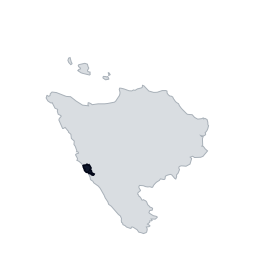 Spain, with Bizkaia highlighted, rotated 230°
{"feature_id": "ESP-5851", "entity_name": "Bizkaia", "entity_type": "Autonomous Community", "adm_level": 1, "iso_a3": "ESP", "parent_name": "Spain", "parent_adm1": "", "projection": "natural_earth1", "projection_center": [-2.927, 43.237], "detail": "fine", "context": "in_parent", "style": "filled", "palette": "ink", "viewbox_px": 256, "rotation_deg": 230, "n_neighbors": 0, "source": "natural_earth", "source_scale": "10m", "svg_char_len": 4841}
<svg xmlns="http://www.w3.org/2000/svg" viewBox="0 0 256 256"><g transform="rotate(230 128 128)"><path d="M136.2,68.1L136.2,68.7L137.3,69.8L140.6,70.4L141.4,70.9L141.2,72.4L140.5,73.8L141.2,74.3L141.9,74.3L142.9,73.3L143.1,74.0L144.6,74.6L147.8,75.8L150.1,76.0L152.5,78.4L156.4,77.9L159.9,80.2L163.1,79.7L163.8,80.2L168.9,80.2L169.1,78.4L169.7,77.6L178.6,80.2L179.6,81.8L179.5,82.6L180.0,84.5L181.1,84.4L183.4,83.4L186.4,84.7L187.2,85.9L187.9,85.9L190.1,84.8L196.2,86.2L196.4,85.3L196.8,85.0L199.4,84.2L200.4,84.0L203.7,84.6L204.1,85.7L204.8,86.1L205.0,87.0L203.2,87.6L203.0,89.2L204.2,90.5L204.4,92.9L201.2,95.9L191.9,101.0L188.9,104.1L181.9,105.6L174.7,107.9L170.4,112.0L171.6,112.3L172.9,113.7L172.4,114.3L170.6,115.2L168.9,115.5L165.8,120.5L161.5,125.7L159.9,128.1L156.5,134.2L156.5,135.9L158.3,142.0L159.2,143.6L160.6,144.9L163.2,146.1L163.9,147.2L163.0,148.2L160.4,150.1L155.9,152.7L154.0,154.7L153.6,156.7L152.3,157.6L151.9,160.3L150.1,164.1L150.0,165.1L151.4,166.5L150.0,167.3L143.0,167.7L138.7,170.6L136.6,173.3L134.7,178.2L132.3,181.1L131.2,181.6L129.6,180.4L127.6,180.2L125.6,180.6L124.6,181.6L123.0,182.2L121.4,181.7L118.0,181.4L116.5,181.5L114.1,182.3L112.0,181.7L108.6,181.5L101.2,182.1L100.2,182.4L96.9,185.7L93.3,185.8L90.0,187.1L87.8,190.4L87.4,192.1L86.7,191.7L86.2,191.8L86.0,193.1L83.7,194.0L81.2,192.9L79.1,191.3L78.0,191.2L76.2,188.7L75.4,187.1L74.9,185.4L74.9,184.2L73.3,183.5L72.9,181.9L74.1,179.9L75.7,178.8L74.2,178.8L73.2,180.2L71.9,178.1L66.5,173.9L66.8,172.5L65.9,173.6L65.3,173.9L62.5,173.7L59.3,174.2L58.1,167.2L58.9,164.8L62.6,160.0L64.8,159.4L65.7,156.9L63.7,157.1L60.5,152.3L61.4,147.9L64.7,144.6L65.3,143.3L65.4,142.1L64.8,141.2L63.0,140.7L61.2,137.3L60.9,135.1L59.4,133.9L58.2,131.8L59.3,131.4L63.9,131.4L65.0,130.9L65.9,129.4L66.8,127.1L67.0,125.6L65.2,123.6L65.2,123.1L65.4,122.4L68.2,120.1L67.7,118.4L68.2,114.8L68.0,112.7L67.7,111.0L66.8,108.8L67.4,107.9L68.9,107.1L70.1,105.3L71.8,103.8L74.0,102.6L76.6,99.9L76.2,98.7L75.3,98.0L72.2,97.5L72.0,97.0L72.0,94.1L71.2,92.9L70.1,93.0L68.3,92.5L67.9,92.9L65.7,92.8L64.1,92.3L63.4,92.7L63.2,93.7L60.6,94.8L59.1,94.7L56.7,93.8L53.9,94.1L53.6,93.9L51.3,95.1L50.5,95.1L49.5,93.7L50.8,91.6L49.8,89.7L49.0,89.6L44.6,91.0L42.1,92.9L41.1,93.2L40.7,92.8L40.7,90.2L43.4,87.3L41.7,87.1L41.8,86.3L42.9,84.9L41.8,84.0L41.9,81.1L39.5,82.0L38.9,81.9L38.9,80.7L40.4,78.4L38.9,78.1L37.7,77.3L36.3,75.4L36.3,74.4L37.2,72.0L39.2,70.9L41.3,69.3L44.1,69.6L48.3,68.3L49.7,67.5L49.7,66.6L49.2,65.8L49.7,65.2L53.1,63.2L55.1,63.0L57.2,62.0L58.6,62.7L59.8,62.4L61.2,63.2L63.0,64.9L65.7,65.6L67.8,65.1L78.8,64.9L82.0,64.1L84.4,65.1L89.0,65.6L91.9,66.5L99.6,67.9L102.5,67.9L108.1,66.5L109.7,66.9L112.0,66.2L113.0,66.3L114.5,67.3L119.4,68.7L120.8,67.5L121.7,67.3L125.3,68.0L128.9,69.4L130.8,69.5L133.6,69.1L136.2,68.1ZM203.8,129.6L205.1,130.1L206.5,129.6L207.2,129.8L207.9,130.1L208.1,131.1L205.3,136.5L203.0,137.9L200.6,136.8L199.2,136.5L198.8,136.0L198.4,134.3L197.8,133.8L196.9,133.6L195.1,134.9L194.5,134.0L193.6,133.8L193.3,133.3L193.3,132.6L198.9,128.5L200.5,127.5L203.9,126.5L204.4,126.6L204.0,127.3L204.5,127.9L203.8,129.6ZM219.7,127.4L219.2,128.9L214.9,126.9L213.6,126.7L213.2,126.4L213.3,124.9L216.1,124.7L218.4,125.4L219.7,127.4ZM180.9,144.4L180.4,145.5L178.3,145.1L177.8,144.7L178.3,143.5L178.8,143.4L178.9,142.5L179.5,141.7L182.4,141.0L183.1,141.6L183.3,142.4L181.5,144.2L180.9,144.4ZM182.9,148.7L182.6,148.9L180.4,148.7L180.3,148.0L180.8,147.0L181.6,148.0L182.9,148.2L182.9,148.7Z" fill="#d9dde1" stroke="#a8b0b8" stroke-width="1"/><path d="M118.0,68.9L118.3,68.9L118.6,69.0L118.9,68.8L119.3,69.0L120.0,69.5L120.0,69.4L119.8,69.0L119.7,68.8L119.7,68.7L119.9,68.5L120.1,68.3L120.7,68.0L120.9,67.9L120.8,67.7L121.0,67.6L121.3,67.5L122.0,67.5L122.6,67.5L122.9,67.4L123.2,67.3L123.3,67.3L123.6,67.5L123.9,67.8L124.0,68.0L124.1,68.4L124.2,68.7L124.3,68.7L124.4,68.4L124.4,68.2L124.6,68.0L124.8,68.0L125.3,68.2L126.1,68.5L126.7,68.6L127.0,68.7L127.2,69.1L128.0,69.4L127.6,70.1L127.9,70.4L127.3,71.1L127.2,71.2L126.9,71.2L126.9,71.9L126.8,72.1L126.7,72.1L126.8,73.0L126.7,73.2L126.6,73.4L126.1,73.5L125.4,73.6L125.1,73.5L124.9,73.5L124.7,73.7L124.7,73.8L125.0,74.2L125.0,74.4L125.0,74.6L124.9,74.6L124.5,74.5L124.3,74.6L124.1,74.6L123.6,74.4L123.0,74.5L122.4,74.3L122.1,74.2L121.9,74.1L121.5,74.2L120.8,73.6L120.6,73.3L120.7,73.1L120.9,72.7L120.7,72.0L120.5,71.7L120.3,71.6L120.1,71.5L119.9,71.6L119.7,72.1L119.5,72.4L118.7,72.5L118.5,72.4L118.2,72.2L118.0,71.9L117.7,71.9L117.3,71.8L117.0,71.8L116.8,71.6L116.7,71.6L116.3,71.6L115.2,72.3L114.4,72.6L114.3,72.4L114.2,72.0L114.2,71.9L114.1,71.7L114.2,71.4L114.1,71.2L114.3,70.8L115.4,70.1L115.6,70.0L115.7,69.9L116.6,69.9L116.9,69.9L117.2,70.0L117.3,70.0L117.9,69.8L118.0,69.6L118.0,69.0L118.0,68.9ZM116.0,71.3L116.5,71.1L116.5,70.9L116.2,70.6L116.0,71.2L116.0,71.3Z" fill="#0f172a" stroke="#020617" stroke-width="1.5"/></g></svg>